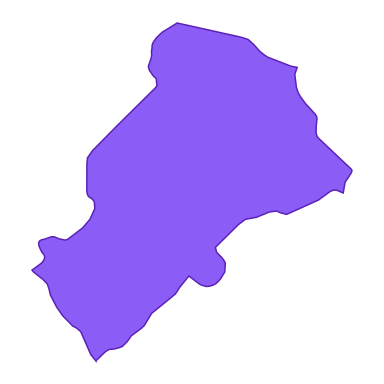 the Department of Managua
{"feature_id": "NIC-659", "entity_name": "Managua", "entity_type": "Department", "adm_level": 1, "iso_a3": "NIC", "parent_name": "Nicaragua", "parent_adm1": "", "projection": "orthographic", "projection_center": [-86.332, 12.202], "detail": "fine", "context": "isolated", "style": "filled", "palette": "violet", "viewbox_px": 384, "rotation_deg": 0, "n_neighbors": 0, "source": "natural_earth", "source_scale": "10m", "svg_char_len": 1805}
<svg xmlns="http://www.w3.org/2000/svg" viewBox="0 0 384 384"><path d="M95.9,361.0L90.8,354.6L80.7,331.6L76.6,328.1L72.7,326.0L62.7,315.8L56.8,307.3L50.4,295.1L49.1,289.3L47.3,283.9L42.9,279.4L33.6,272.1L32.0,270.1L41.4,263.2L42.8,261.7L44.4,258.8L44.6,257.8L44.6,256.8L44.3,255.5L43.8,254.6L42.0,252.5L39.4,247.1L38.8,245.0L38.6,243.9L38.7,242.7L39.0,241.8L39.6,241.0L40.6,240.3L42.0,239.7L44.7,239.1L50.4,237.1L51.4,236.8L52.5,236.7L53.4,236.7L54.1,236.8L59.5,238.9L64.9,240.0L66.0,240.0L68.2,238.9L82.5,228.0L89.9,219.4L94.8,208.6L94.3,201.6L91.8,198.7L89.9,197.6L88.3,196.3L87.3,194.0L86.8,191.3L86.9,163.8L87.5,157.7L92.8,150.3L118.1,124.7L155.1,88.1L156.6,86.2L157.1,85.0L156.7,83.6L156.5,82.3L156.4,79.8L156.1,78.9L155.7,78.1L153.4,76.1L149.7,70.8L149.3,69.9L148.6,67.9L148.4,66.8L148.8,65.0L151.1,58.2L151.6,55.7L151.7,53.9L151.5,52.8L151.5,51.4L152.1,47.4L152.0,46.0L152.5,44.1L153.5,41.8L156.7,37.5L162.1,32.3L177.1,23.0L241.5,37.3L248.2,39.5L253.9,44.7L259.7,51.2L263.9,54.6L267.5,57.1L291.0,66.2L297.2,67.4L294.8,74.2L296.4,87.3L298.2,92.8L300.8,97.2L305.6,103.7L315.2,114.2L316.5,116.3L317.0,118.7L316.2,126.3L316.1,132.8L316.8,135.6L318.0,137.7L351.2,169.1L352.0,170.4L351.4,172.7L345.1,182.3L343.2,193.0L336.4,190.1L333.6,190.1L330.4,191.3L318.5,200.0L286.6,214.4L279.8,212.6L277.8,211.5L277.1,211.3L275.9,211.1L269.4,212.0L256.4,217.3L245.4,219.3L238.5,224.5L215.4,247.4L216.7,252.3L222.2,258.0L224.3,260.9L225.3,263.2L224.8,271.9L220.6,278.8L218.4,281.3L216.1,283.5L213.0,285.2L209.5,286.2L206.5,286.5L202.0,285.3L199.3,284.0L188.9,276.0L179.9,287.1L175.4,294.0L151.6,313.4L144.3,325.5L141.5,328.2L131.2,335.9L127.2,341.7L122.5,346.3L121.0,347.0L118.9,347.8L114.6,348.9L112.3,349.2L109.3,349.3L105.5,351.6L95.9,360.9L95.9,361.0Z" fill="#8b5cf6" stroke="#5b21b6" stroke-width="1.5"/></svg>